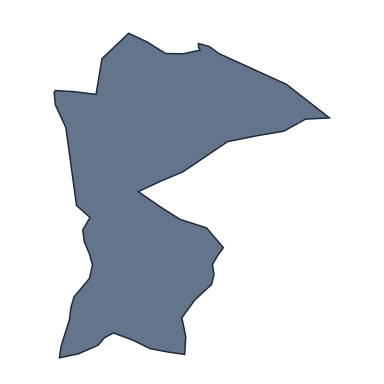 outline of San Pedro de Macorís, rotated 87°
{"feature_id": "DOM-1396", "entity_name": "San Pedro de Macorís", "entity_type": "Province", "adm_level": 1, "iso_a3": "DOM", "parent_name": "Dominican Republic", "parent_adm1": "", "projection": "robinson", "projection_center": [-69.33, 18.599], "detail": "fine", "context": "isolated", "style": "filled", "palette": "slate", "viewbox_px": 384, "rotation_deg": 87, "n_neighbors": 0, "source": "natural_earth", "source_scale": "10m", "svg_char_len": 846}
<svg xmlns="http://www.w3.org/2000/svg" viewBox="0 0 384 384"><g transform="rotate(87 192 192)"><path d="M350.7,333.1L339.2,330.8L312.8,321.0L300.8,318.9L290.4,315.2L272.9,298.9L259.6,295.2L248.0,297.8L236.1,302.2L224.2,303.1L212.1,295.2L199.5,308.0L121.1,314.6L97.6,324.0L85.3,324.4L83.5,323.1L85.6,304.8L89.5,282.7L54.1,274.9L30.2,247.0L39.9,228.8L52.3,211.2L53.5,193.8L50.8,176.5L47.5,178.0L44.1,177.7L47.6,167.1L55.1,158.0L89.5,92.0L125.2,50.9L125.2,75.0L136.0,96.9L139.4,125.7L143.6,153.9L157.4,176.8L171.2,199.7L179.6,222.9L188.8,245.6L205.9,223.5L218.8,205.2L228.6,179.3L249.2,163.6L257.1,169.9L265.4,175.4L275.5,174.3L285.3,177.3L300.0,194.9L317.1,208.7L336.1,205.8L353.8,207.8L350.7,223.8L346.3,241.9L336.6,259.4L328.7,277.8L332.8,286.9L340.0,293.7L347.6,313.7L350.7,333.1Z" fill="#64748b" stroke="#1e293b" stroke-width="1.5"/></g></svg>